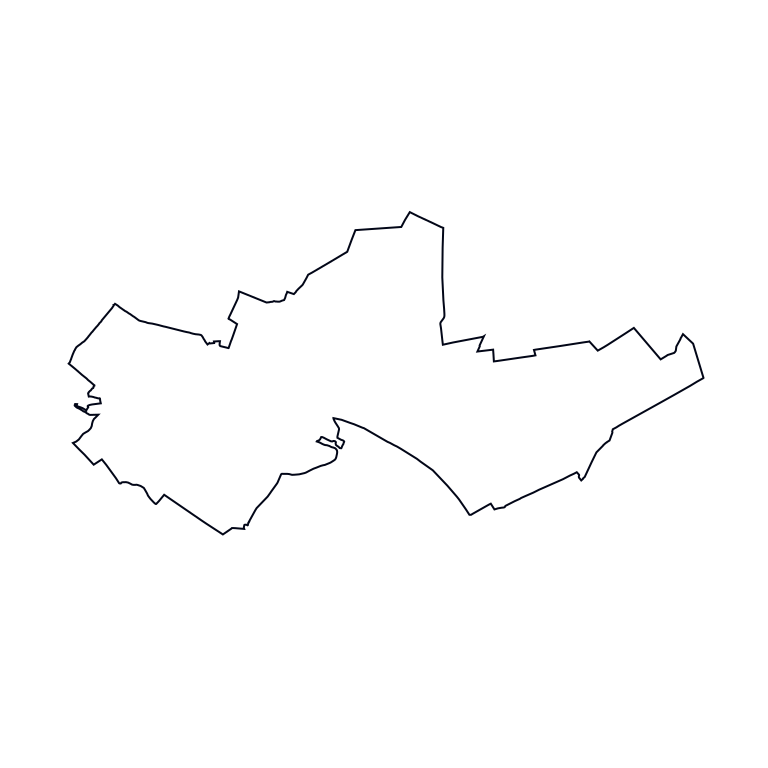 the district of Ortisoara, Timis, Romania, rotated 189°
{"feature_id": "2599482B24150767318125", "entity_name": "Ortisoara", "entity_type": "district", "adm_level": 2, "iso_a3": "ROU", "parent_name": "Romania", "parent_adm1": "Timis", "projection": "natural_earth1", "projection_center": [21.264, 45.956], "detail": "fine", "context": "isolated", "style": "outline", "palette": "ink", "viewbox_px": 768, "rotation_deg": 189, "n_neighbors": 0, "source": "geoboundaries", "source_scale": "gbopen_adm2", "svg_char_len": 6108}
<svg xmlns="http://www.w3.org/2000/svg" viewBox="0 0 768 768"><g transform="rotate(189 384 384)"><path d="M436.3,531.5L438.5,521.4L441.0,508.8L441.3,508.6L454.6,497.5L472.6,482.7L476.0,480.1L477.2,476.4L479.8,469.4L480.2,468.8L483.5,464.5L484.0,463.7L484.7,462.7L485.2,461.9L485.5,461.0L487.1,458.7L494.0,459.9L494.2,458.6L494.8,456.5L495.1,453.6L495.8,451.3L498.1,450.2L498.6,449.8L499.8,449.1L500.4,448.9L501.9,448.7L503.5,448.6L504.1,448.5L505.6,448.7L506.8,447.9L507.3,447.7L509.0,447.3L510.1,446.8L512.8,446.1L541.7,452.8L541.6,446.6L542.1,444.3L546.6,428.7L547.3,426.5L547.8,424.2L547.4,423.9L546.2,423.6L538.5,420.2L540.5,408.9L541.4,404.1L541.8,402.6L543.1,395.2L543.3,395.1L545.0,395.3L548.9,395.6L551.3,395.8L551.9,396.0L552.4,396.6L552.6,397.5L552.7,399.5L552.7,400.6L554.0,400.4L558.6,399.4L558.1,398.2L558.1,397.9L562.3,396.8L562.8,397.2L564.5,395.4L567.4,398.2L567.8,398.9L569.2,400.4L570.4,402.0L571.8,403.4L572.4,403.7L572.6,403.8L574.6,403.9L577.8,403.7L580.5,403.8L583.0,404.1L583.8,404.3L585.5,404.4L586.5,404.4L589.7,404.6L608.7,406.3L610.8,406.4L616.4,407.0L622.4,407.4L626.3,407.3L627.4,407.4L629.1,407.8L634.7,408.2L636.1,408.5L641.2,411.2L642.5,411.7L645.6,413.3L647.0,413.8L649.6,415.1L651.0,415.5L656.5,418.2L657.0,418.4L659.2,419.8L662.2,421.1L662.5,420.5L662.8,420.2L663.3,419.9L663.1,419.7L663.5,418.7L664.6,416.3L672.8,402.6L672.8,402.2L673.5,400.9L674.1,400.2L674.8,399.2L674.9,398.7L675.1,398.4L676.2,396.5L677.0,395.4L679.3,391.6L680.3,389.8L680.8,389.3L681.1,388.7L683.0,385.3L683.3,384.9L683.7,384.0L684.8,382.2L686.7,379.3L688.7,377.5L689.4,376.6L690.2,375.8L690.3,375.6L691.9,374.1L693.6,372.2L694.6,369.7L694.6,369.3L695.1,368.3L696.1,364.3L696.9,360.2L696.9,359.7L697.1,359.2L697.7,356.3L698.6,354.8L691.4,350.6L683.6,345.7L678.6,342.9L676.9,341.6L674.4,340.2L670.9,338.0L669.8,337.4L669.8,337.0L670.1,336.9L670.3,336.7L670.4,336.3L670.5,335.8L670.4,335.1L670.5,334.8L670.6,334.5L671.4,334.0L671.7,333.5L672.1,332.9L672.5,332.0L672.7,331.7L673.4,331.1L674.1,330.1L674.3,329.8L674.3,329.5L674.6,329.2L674.7,328.6L674.6,328.3L674.7,328.2L674.6,327.9L673.6,325.4L672.6,325.7L671.0,325.8L669.0,325.7L667.4,325.4L666.3,325.4L665.8,325.3L663.8,325.1L663.3,325.2L662.6,325.4L662.3,325.2L662.1,324.6L661.7,323.1L660.7,320.6L669.2,318.1L671.3,317.3L672.7,316.5L673.0,316.2L673.2,315.8L672.5,314.8L673.9,311.6L673.9,311.4L677.9,313.0L679.6,313.4L684.1,314.2L684.2,314.5L684.0,316.1L685.9,315.9L686.0,315.0L686.2,314.7L686.1,314.3L685.5,313.8L684.3,313.4L684.3,313.0L683.5,312.6L680.9,311.9L677.8,310.6L676.7,310.0L674.9,309.6L674.3,309.4L673.0,308.6L672.1,308.4L670.4,307.6L669.4,307.5L661.4,309.0L663.8,305.6L665.0,304.1L665.8,301.8L666.1,299.2L666.1,296.8L666.7,294.5L668.0,292.5L669.0,291.2L671.3,289.4L673.3,287.7L674.7,285.3L676.7,281.5L679.0,279.0L682.0,277.1L674.7,271.6L668.8,267.4L658.1,258.9L650.9,265.4L645.7,260.7L634.0,249.0L630.1,244.6L629.1,244.4L628.3,244.7L627.9,245.6L626.4,246.2L623.4,246.7L621.3,246.6L618.7,245.8L617.1,245.2L615.6,245.2L614.1,245.4L613.1,245.7L612.4,245.8L611.4,245.7L608.4,245.2L605.0,243.8L603.6,242.2L600.8,238.7L599.7,236.9L598.1,235.3L596.6,233.9L592.7,230.9L590.9,229.8L590.2,229.9L588.0,233.1L583.8,240.2L542.9,220.7L537.5,218.2L519.6,210.2L512.2,217.2L511.7,217.9L509.0,218.3L499.4,219.0L499.8,219.8L500.0,220.5L499.9,222.8L499.7,223.1L498.2,223.5L496.6,223.1L496.4,223.3L496.4,224.0L496.3,225.1L495.8,226.4L496.0,226.4L491.4,239.1L490.4,241.5L481.3,254.6L479.1,259.0L478.7,259.9L474.0,269.2L473.5,270.7L473.4,271.2L471.5,278.7L470.8,279.3L465.7,280.1L463.5,280.2L460.6,279.9L458.2,280.4L453.7,281.5L448.5,283.6L447.1,284.4L443.9,286.8L440.4,289.3L437.7,290.8L433.7,293.2L431.5,294.2L429.8,294.8L425.3,297.5L424.3,298.2L421.7,300.5L420.6,301.6L420.0,302.8L419.7,304.4L419.5,308.0L419.6,309.6L420.1,311.1L421.3,312.3L422.2,312.9L424.0,313.3L425.5,313.4L426.8,313.7L428.1,314.2L430.7,314.6L432.7,314.5L434.3,314.8L436.0,315.3L437.9,316.0L439.5,316.4L441.4,316.7L441.2,317.2L439.6,318.0L438.5,319.3L437.7,321.8L436.7,321.9L435.0,321.5L431.9,320.4L427.4,319.1L426.0,319.2L425.3,319.7L424.6,319.9L423.4,319.8L422.6,319.3L422.4,318.9L422.5,317.8L422.0,316.4L420.8,315.6L419.6,315.1L418.6,314.5L417.7,313.8L416.9,313.8L416.1,313.9L415.4,316.9L414.8,318.1L414.7,319.2L414.4,320.3L414.3,320.8L414.9,321.5L415.9,321.9L417.7,322.2L421.6,323.6L421.8,324.9L421.3,332.1L421.6,333.3L423.2,335.2L426.1,338.4L427.1,339.7L428.5,341.9L428.6,342.4L420.3,342.0L411.0,340.2L407.4,339.6L398.2,337.4L397.1,337.3L371.4,327.4L369.0,326.8L364.3,325.1L361.5,324.3L357.4,322.7L339.7,315.2L335.7,313.0L322.3,306.4L305.5,293.5L294.4,284.1L291.9,281.8L283.6,273.1L279.2,268.2L277.6,268.4L275.7,270.0L264.4,279.0L261.1,281.6L259.8,282.5L255.3,277.4L252.0,279.0L248.5,280.2L246.6,280.7L245.7,281.1L245.4,281.5L245.0,282.6L236.6,288.7L231.9,291.8L230.7,292.9L226.7,295.5L219.5,300.1L214.2,303.9L210.3,306.4L192.3,318.0L186.1,322.6L182.5,325.0L179.8,327.0L177.2,324.9L177.0,324.5L177.0,324.2L177.1,323.5L177.1,323.1L176.8,322.1L174.1,319.6L172.9,321.1L172.7,321.3L172.7,321.7L172.3,322.3L171.2,323.6L166.7,339.3L163.5,349.7L158.2,357.1L157.7,358.1L157.0,358.8L156.9,359.1L155.5,360.7L154.9,361.1L154.8,361.4L152.4,363.5L150.8,371.6L151.0,372.4L151.2,372.7L150.9,375.1L147.6,377.6L145.6,379.4L142.5,381.9L108.3,408.7L95.6,418.7L81.3,430.1L75.3,435.2L69.6,439.7L69.4,440.0L85.0,472.2L96.5,480.0L97.8,476.4L98.2,475.5L98.3,474.5L101.1,466.8L101.0,462.5L101.6,461.1L102.3,460.1L106.6,457.9L108.4,457.0L109.4,456.0L114.6,451.6L146.0,478.5L153.4,471.8L169.3,457.6L172.7,454.7L178.1,450.4L187.9,458.2L188.3,457.9L193.2,456.4L215.9,449.1L239.5,441.7L241.2,441.1L238.9,436.0L242.0,434.9L252.8,431.6L275.9,424.4L279.0,423.5L280.5,430.3L281.6,435.0L288.3,433.1L296.8,430.7L295.3,436.2L295.6,437.0L292.8,446.8L293.6,446.1L322.3,435.8L332.0,432.0L333.1,435.9L336.4,447.9L337.7,451.9L337.8,452.4L337.8,453.2L337.6,454.0L335.4,458.2L335.2,458.9L335.0,459.7L335.0,460.8L335.3,462.7L336.4,467.7L338.4,475.9L343.1,498.4L347.4,527.7L349.9,547.5L352.5,548.0L360.8,550.5L376.6,555.0L385.4,557.8L388.9,549.4L391.5,541.8L436.3,531.5Z" fill="none" stroke="#020617" stroke-width="2"/></g></svg>